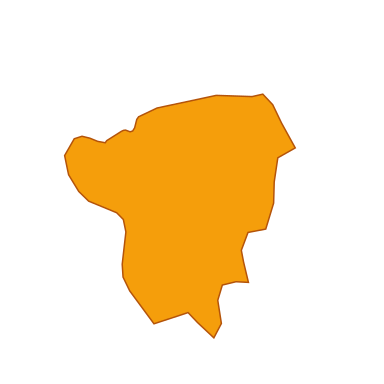 the border of Kosovska Kamenica, rotated 226°
{"feature_id": "KOS-5907", "entity_name": "Kosovska Kamenica", "entity_type": "District", "adm_level": 1, "iso_a3": "XKX", "parent_name": "Kosovo", "parent_adm1": "", "projection": "equal_earth", "projection_center": [21.605, 42.591], "detail": "fine", "context": "isolated", "style": "filled", "palette": "amber", "viewbox_px": 384, "rotation_deg": 226, "n_neighbors": 0, "source": "natural_earth", "source_scale": "10m", "svg_char_len": 748}
<svg xmlns="http://www.w3.org/2000/svg" viewBox="0 0 384 384"><g transform="rotate(226 192 192)"><path d="M123.6,73.1L164.1,78.5L178.7,83.3L188.5,91.6L209.2,116.7L219.9,123.5L229.4,123.4L257.2,111.3L271.0,110.9L290.1,115.2L293.8,117.5L306.7,125.7L312.1,144.3L308.5,151.6L301.7,155.9L294.0,159.3L287.7,163.8L288.2,166.3L284.7,183.3L283.9,185.6L282.7,187.2L278.3,189.3L277.1,191.7L278.0,195.3L282.6,202.7L283.2,205.9L276.7,225.2L244.7,276.5L218.9,301.5L213.2,310.9L198.7,310.7L179.4,304.3L152.0,296.9L157.0,277.5L142.1,258.1L127.3,243.0L114.1,219.3L124.0,204.2L115.8,187.0L105.9,180.5L87.8,169.8L96.9,161.3L104.0,149.2L96.2,135.3L77.0,121.8L71.9,106.4L94.3,105.3L108.0,105.4L123.6,73.1Z" fill="#f59e0b" stroke="#b45309" stroke-width="1.5"/></g></svg>